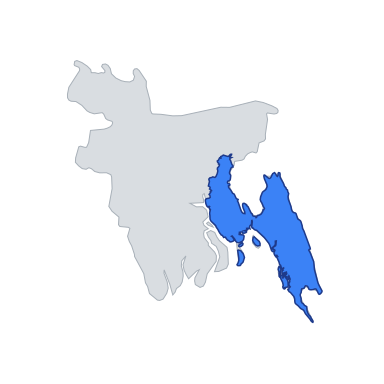 Chittagong on a map of Bangladesh (orthographic projection), rotated 349°
{"feature_id": "BGD-2476", "entity_name": "Chittagong", "entity_type": "Division", "adm_level": 1, "iso_a3": "BGD", "parent_name": "Bangladesh", "parent_adm1": "", "projection": "orthographic", "projection_center": [91.588, 22.498], "detail": "fine", "context": "in_parent", "style": "filled", "palette": "blue", "viewbox_px": 384, "rotation_deg": 349, "n_neighbors": 0, "source": "natural_earth", "source_scale": "10m", "svg_char_len": 9778}
<svg xmlns="http://www.w3.org/2000/svg" viewBox="0 0 384 384"><g transform="rotate(349 192 192)"><path d="M129.0,272.2L129.1,262.9L123.3,244.3L123.6,242.3L122.5,233.4L121.0,228.5L120.3,223.2L124.1,215.8L122.7,214.5L114.6,212.1L113.6,210.1L115.5,202.7L109.8,195.6L107.6,190.3L114.2,173.5L116.0,161.8L115.6,159.5L111.8,156.8L105.1,155.6L100.4,153.3L97.7,149.9L95.4,148.5L92.4,149.5L88.7,148.1L85.7,144.7L83.2,140.6L84.3,136.3L89.5,126.0L91.3,125.7L95.5,127.8L97.1,127.9L100.0,123.8L104.1,112.2L117.7,113.5L120.9,113.2L124.3,112.3L126.2,110.9L127.3,109.0L127.0,107.4L122.8,105.1L121.3,103.4L120.2,98.7L119.0,97.0L110.9,96.6L106.7,94.3L104.4,92.3L100.4,85.9L95.4,81.1L90.6,79.8L88.7,78.3L87.8,75.8L88.4,72.3L91.1,65.7L104.8,51.4L105.2,49.8L104.7,48.0L100.9,45.5L100.6,44.4L101.8,41.4L104.1,41.0L108.6,43.9L113.2,48.5L115.9,52.5L115.9,55.7L119.6,56.4L122.6,57.8L125.8,57.5L127.8,58.3L129.2,58.0L129.7,56.2L127.2,51.6L128.5,49.7L131.5,49.8L133.7,51.6L135.3,55.2L135.5,60.6L139.0,65.6L143.7,69.2L147.4,70.9L151.9,72.1L155.7,71.1L157.7,67.6L156.9,64.5L157.5,61.8L159.1,60.3L161.5,60.4L163.3,62.6L168.3,74.5L167.2,79.7L168.2,94.1L166.7,103.6L167.5,107.2L168.4,107.9L176.3,109.8L187.7,113.6L196.5,115.1L236.4,114.3L245.1,116.1L271.7,114.7L278.9,117.7L286.8,122.6L291.3,126.2L292.1,128.3L291.6,130.1L290.1,131.1L287.4,131.1L281.1,128.8L280.1,129.5L280.0,135.2L275.0,149.5L274.3,153.9L272.5,155.6L267.2,156.6L263.7,164.9L262.3,165.9L258.8,164.1L256.6,164.4L253.9,165.2L251.2,167.1L249.4,169.5L247.2,170.3L239.7,170.1L238.3,174.0L233.4,179.0L229.9,192.4L230.2,196.5L234.3,207.2L237.2,221.1L238.3,222.5L239.7,222.7L239.8,216.3L241.2,215.5L242.9,216.2L246.5,224.8L248.5,226.9L251.6,227.6L255.2,226.3L257.9,223.7L258.9,221.0L258.0,211.7L259.7,207.9L265.8,202.2L266.7,200.5L266.3,191.1L268.6,190.8L271.7,191.5L275.6,189.3L276.8,189.2L278.4,191.6L281.2,191.2L285.5,209.7L285.9,222.8L286.9,230.1L288.4,231.7L293.1,242.6L297.7,281.0L298.4,305.4L300.3,313.6L298.7,315.5L297.2,315.9L295.8,313.0L285.8,306.8L283.3,307.5L279.9,311.1L278.5,314.4L279.2,319.1L280.3,323.7L282.7,326.4L282.9,329.3L285.6,340.2L284.8,340.3L279.3,330.3L272.6,320.6L270.4,303.0L270.3,294.3L265.7,284.1L261.4,266.3L263.3,260.0L260.1,262.7L255.1,252.0L247.4,241.6L245.1,236.9L245.0,232.4L241.7,237.0L237.1,240.1L232.4,244.9L229.4,246.4L219.6,247.2L213.9,240.8L205.9,225.1L204.9,221.5L206.0,212.3L204.1,203.6L203.7,195.9L202.2,196.5L201.6,198.7L201.9,201.9L201.3,204.6L187.8,202.7L193.5,207.4L199.7,208.5L202.9,212.6L203.1,219.4L196.9,223.5L197.4,227.0L201.0,231.2L196.6,232.4L195.4,235.2L195.3,239.1L198.3,245.1L197.8,247.5L202.8,255.4L203.8,259.2L202.5,264.6L191.3,275.3L188.0,283.0L185.2,286.5L181.7,287.2L177.6,283.5L177.6,279.8L178.5,276.8L184.3,269.7L181.2,270.6L172.1,276.5L170.4,271.6L169.3,267.2L169.3,261.7L173.8,253.6L168.8,257.6L167.4,262.7L167.9,268.7L167.3,272.9L165.2,278.4L162.6,281.7L158.3,283.8L156.4,287.0L153.5,289.4L152.6,278.2L149.8,263.1L149.0,266.4L150.5,275.7L150.3,281.8L147.9,286.6L143.2,291.6L139.6,292.3L137.4,291.5L130.9,283.6L130.4,276.3L129.0,272.2ZM211.4,273.3L203.1,275.1L198.9,274.5L206.9,261.0L206.6,255.0L205.4,250.0L201.5,246.1L201.3,243.2L199.5,239.3L198.6,234.8L203.0,233.4L206.6,236.0L207.9,241.1L209.6,245.0L215.8,253.0L215.7,257.8L213.9,269.7L211.4,273.3ZM229.3,269.0L224.2,272.6L225.9,251.2L229.7,259.2L230.6,263.4L229.3,269.0ZM248.6,258.4L246.4,259.9L244.4,258.5L241.7,253.5L243.0,247.2L243.9,246.3L247.0,252.8L248.6,258.4ZM267.5,303.4L264.6,303.6L263.2,302.1L263.8,300.0L263.0,293.1L266.7,292.4L268.1,298.1L267.5,303.4ZM264.2,284.0L262.1,290.9L261.2,287.9L262.7,281.8L264.2,284.0ZM205.2,228.3L206.1,230.5L201.5,227.6L200.2,225.6L202.3,224.5L205.2,228.3Z" fill="#d9dde1" stroke="#a8b0b8" stroke-width="1"/><path d="M298.9,307.8L300.8,314.0L300.4,314.9L299.4,315.9L298.3,316.6L297.3,316.7L296.8,316.1L296.0,312.9L295.1,310.8L293.9,310.6L292.3,310.9L290.2,310.7L289.1,310.4L288.2,309.7L287.6,307.1L286.9,306.2L285.4,305.7L283.6,307.9L281.2,308.0L280.7,309.0L280.1,311.2L278.7,313.2L278.5,314.1L278.8,317.2L278.3,320.5L279.0,322.1L280.1,323.2L280.7,324.7L282.7,326.4L282.3,330.5L282.6,332.6L283.1,334.5L284.7,337.1L284.8,338.1L286.1,341.5L286.1,342.6L285.7,343.0L285.4,342.8L284.5,341.8L283.4,339.1L280.1,333.1L279.2,329.8L278.9,329.2L276.4,327.1L274.6,324.1L272.5,321.6L272.1,320.8L272.0,319.7L272.4,316.3L272.1,314.1L269.4,309.3L268.4,308.5L267.6,306.8L267.5,306.0L268.1,306.3L269.1,304.4L269.8,303.8L270.8,304.2L270.2,303.6L269.7,302.6L269.4,300.6L270.9,298.7L270.7,297.8L271.6,296.6L271.4,296.1L271.7,295.6L271.6,295.1L271.0,294.7L271.3,293.2L271.1,292.8L270.7,293.6L271.1,293.6L270.5,295.3L269.9,296.1L269.1,296.1L268.7,295.5L269.1,293.2L268.8,293.2L268.5,294.1L268.1,294.0L267.5,292.7L267.6,291.5L268.7,291.1L269.4,290.4L269.1,290.1L268.3,290.6L268.0,290.2L268.3,289.4L269.4,289.0L269.4,288.6L267.2,288.8L265.5,289.3L265.0,288.9L265.1,287.7L265.6,286.6L266.5,286.1L266.1,285.6L266.3,285.1L267.4,284.4L267.4,284.0L266.5,284.3L265.8,285.1L265.3,283.4L265.0,280.9L264.1,279.6L264.1,277.7L262.9,272.4L262.8,270.6L263.5,271.0L263.2,270.3L262.8,270.4L262.5,271.0L262.5,272.0L262.2,272.0L261.2,270.0L260.9,268.8L260.8,267.5L261.1,266.7L262.2,265.3L262.1,264.5L260.8,263.5L260.7,262.3L261.5,261.6L263.8,260.7L264.3,259.8L265.4,256.1L264.4,256.1L263.9,258.9L263.9,259.3L262.3,260.8L260.2,262.0L259.8,262.5L260.0,263.3L261.5,264.2L261.5,265.2L260.7,265.9L259.6,265.8L258.9,264.6L258.1,258.7L257.6,256.9L254.3,250.5L248.2,242.0L246.7,241.3L245.9,240.6L244.8,238.8L244.5,239.0L244.2,238.8L243.9,237.6L244.0,237.0L244.4,236.3L245.5,232.7L245.5,231.4L245.2,231.4L244.2,235.1L243.7,235.6L242.6,236.0L242.0,236.8L241.8,238.0L241.9,239.2L240.5,238.3L238.7,238.1L238.7,238.5L239.7,238.8L239.8,239.3L239.3,239.7L236.0,240.0L238.0,240.9L237.9,241.7L237.3,242.1L235.7,242.4L233.8,242.0L233.8,240.9L232.5,240.6L230.8,240.6L230.8,240.9L231.4,241.4L231.6,242.0L231.3,242.4L230.2,242.3L230.2,242.7L234.2,244.0L234.7,245.0L234.6,245.7L233.6,248.4L232.7,249.3L231.8,250.0L228.2,250.9L226.4,250.0L225.5,248.6L224.9,246.3L223.0,242.8L222.3,243.0L223.1,243.8L223.7,245.2L224.1,246.7L224.0,247.7L223.0,248.1L221.4,248.4L220.0,248.3L219.4,247.8L219.1,247.1L217.8,246.1L216.7,244.2L216.3,242.8L215.8,242.6L214.4,242.7L213.6,240.5L212.4,239.7L212.1,238.8L211.5,237.8L210.7,235.5L210.3,233.8L209.2,231.3L208.8,229.4L205.2,224.4L204.7,223.0L204.6,221.9L205.1,218.7L205.2,216.6L205.5,215.5L206.4,213.5L206.2,212.6L206.5,212.6L205.8,210.9L205.7,210.2L206.3,209.8L205.9,209.6L205.9,209.4L204.7,209.8L203.9,208.7L203.4,206.2L203.4,203.2L203.8,202.0L205.0,201.3L207.8,201.3L208.9,200.7L208.9,198.8L208.7,198.1L208.3,197.8L208.7,197.2L210.2,196.0L209.9,195.4L210.1,194.9L211.4,194.6L211.5,194.3L209.8,192.4L210.3,192.0L210.7,190.9L210.3,190.2L209.2,189.2L211.1,185.1L211.1,184.3L210.9,183.2L211.1,182.4L212.3,181.5L214.1,181.5L215.3,181.1L217.3,182.1L218.4,181.4L220.2,178.9L221.2,176.7L221.4,175.4L221.2,174.5L221.6,173.2L222.9,172.3L223.9,171.2L224.2,170.1L223.3,169.6L223.6,168.8L222.8,167.6L222.7,166.4L224.0,165.8L225.6,163.7L226.2,164.2L226.9,164.3L227.0,162.7L229.1,162.2L229.7,161.7L233.6,163.8L234.7,164.0L236.6,162.5L237.5,162.3L238.1,162.5L237.9,163.1L235.7,164.7L235.7,165.0L237.4,165.7L235.7,166.2L235.3,167.0L235.9,168.7L236.3,172.0L236.5,172.8L237.2,173.7L237.0,175.3L236.2,175.2L235.4,175.6L234.7,176.1L232.6,179.7L232.4,181.1L233.2,182.9L233.0,183.9L232.1,186.7L231.6,187.6L230.7,188.0L229.1,188.3L228.6,189.3L228.8,190.5L230.4,191.2L230.6,191.9L230.2,192.8L229.0,192.8L228.8,194.0L229.0,194.9L230.4,197.5L231.6,201.0L232.8,201.9L233.1,202.3L234.0,206.2L234.5,207.2L235.7,207.9L235.9,208.2L234.9,209.5L235.4,210.9L236.5,219.2L237.1,221.3L238.2,222.8L239.8,223.3L240.0,221.6L239.1,217.2L239.1,214.9L239.4,213.7L239.9,213.0L241.0,213.0L241.9,213.7L243.0,215.4L243.1,215.0L243.4,215.4L243.4,216.3L244.2,217.0L246.1,224.2L246.8,224.7L247.1,226.8L247.7,227.4L249.6,228.1L250.0,229.4L250.8,228.9L251.5,227.6L251.9,227.5L252.9,227.7L255.2,227.1L255.8,226.7L257.3,225.2L258.1,224.0L258.1,223.3L258.3,223.1L259.1,223.1L260.0,221.9L259.2,219.7L258.5,216.2L257.8,214.5L257.5,212.5L258.4,209.9L261.0,205.8L261.8,205.2L264.4,204.0L265.1,203.5L266.8,201.0L266.9,198.9L265.6,193.0L265.5,191.0L265.6,189.9L265.9,189.2L266.6,189.2L269.8,193.1L270.5,193.5L271.6,193.2L272.4,192.5L274.7,189.4L276.7,188.7L277.6,190.2L278.1,192.2L278.8,193.0L279.5,192.3L280.1,190.0L280.8,189.5L281.8,190.0L281.9,191.1L281.4,193.3L281.5,195.0L283.4,200.9L283.9,204.2L285.0,205.6L285.1,207.1L286.1,208.2L286.1,210.2L286.6,212.0L285.4,214.8L285.2,217.6L286.4,224.9L286.4,228.5L286.8,230.2L287.7,231.5L289.3,232.2L290.0,233.0L290.7,238.6L292.6,240.5L293.1,241.3L293.3,242.1L293.7,246.0L293.6,249.0L294.4,251.5L297.3,269.2L297.3,270.5L296.0,270.8L295.5,271.3L296.6,274.7L298.2,283.7L297.4,291.6L298.3,305.2L298.9,307.8ZM229.2,259.6L229.6,260.9L230.3,261.6L230.7,263.4L231.0,266.3L228.8,270.5L227.1,271.7L226.5,271.9L226.0,272.8L225.1,273.4L223.1,273.1L222.6,272.7L222.3,272.0L223.7,270.3L224.9,268.1L225.3,265.6L225.7,258.0L226.5,257.8L228.2,258.7L229.2,259.6ZM266.8,289.3L266.9,292.7L268.7,296.1L269.1,298.2L268.5,302.6L268.0,303.5L264.8,303.5L265.1,304.5L264.5,304.8L264.0,304.8L263.3,304.1L263.0,302.8L263.0,302.4L263.7,301.4L263.8,299.6L263.6,297.5L262.6,294.1L262.9,292.2L263.7,290.7L264.3,290.7L265.0,291.3L265.2,291.9L264.5,294.3L265.2,293.4L265.5,292.1L265.5,290.8L265.1,289.7L266.8,289.3ZM244.4,247.8L248.6,253.4L249.0,255.6L248.6,257.3L246.3,257.6L244.8,256.7L243.4,254.7L242.6,252.6L242.3,251.0L243.4,248.3L244.4,247.8ZM264.5,284.9L264.3,285.8L263.6,287.1L263.3,288.9L262.3,291.7L261.8,292.2L261.4,291.3L262.2,287.0L261.8,284.4L262.4,282.8L263.5,281.6L263.8,281.9L264.5,284.9ZM228.0,252.8L231.7,251.5L232.2,252.5L231.7,253.7L229.7,254.8L228.5,254.9L227.5,254.2L228.0,252.8Z" fill="#3b82f6" stroke="#1e3a8a" stroke-width="1.5"/></g></svg>